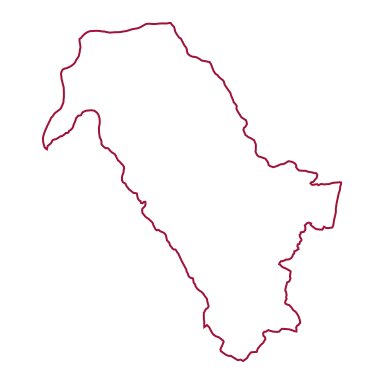 Vitória do Xingu, Pará, Brazil (Robinson projection)
{"feature_id": "56859067B39122810620309", "entity_name": "Vitória do Xingu", "entity_type": "district", "adm_level": 2, "iso_a3": "BRA", "parent_name": "Brazil", "parent_adm1": "Pará", "projection": "robinson", "projection_center": [-51.962, -3.173], "detail": "fine", "context": "isolated", "style": "outline", "palette": "rose", "viewbox_px": 384, "rotation_deg": 0, "n_neighbors": 0, "source": "geoboundaries", "source_scale": "gbopen_adm2", "svg_char_len": 5932}
<svg xmlns="http://www.w3.org/2000/svg" viewBox="0 0 384 384"><path d="M204.3,327.1L207.0,325.1L208.3,326.4L209.3,327.4L211.4,331.7L213.2,334.4L215.9,336.3L218.7,337.2L223.0,340.5L223.7,341.7L222.1,345.7L220.4,349.3L220.8,351.1L225.8,354.7L228.5,355.9L231.0,355.9L232.9,357.2L237.8,360.2L240.6,359.6L243.1,361.0L246.1,358.8L247.3,357.8L248.2,355.9L249.7,353.9L251.1,352.3L256.8,351.9L257.7,348.8L260.8,344.9L263.2,342.8L265.4,339.0L264.9,337.1L263.3,335.6L263.2,333.1L264.2,331.8L266.2,331.6L267.3,330.6L268.4,330.1L270.0,330.8L271.4,331.1L273.0,331.6L274.7,331.7L276.3,331.9L277.5,331.9L279.3,331.5L280.2,330.3L282.0,328.8L285.1,329.0L288.8,329.3L290.2,329.6L291.3,330.0L292.4,330.3L294.1,331.1L296.4,331.5L296.5,329.5L296.1,327.7L297.1,325.7L298.3,325.1L299.2,323.9L300.2,323.0L299.9,320.4L299.4,318.8L298.3,315.9L296.9,313.5L295.3,311.5L293.3,310.2L291.3,307.2L290.1,306.1L289.3,305.1L286.8,304.4L285.5,303.6L285.1,302.4L285.5,300.8L286.6,299.0L286.1,297.0L286.6,295.0L286.1,292.1L285.3,290.5L285.5,288.6L286.4,285.2L287.1,282.4L289.1,281.5L289.8,280.3L290.5,278.4L290.0,277.1L290.0,275.1L290.5,273.2L290.6,271.3L289.3,270.4L288.1,269.7L286.6,269.0L285.3,268.2L283.4,267.6L281.8,266.5L280.4,264.9L279.1,264.2L279.8,262.6L281.2,261.1L282.6,261.1L284.8,260.3L286.0,259.5L287.9,259.6L289.5,259.1L291.1,258.2L292.3,256.6L293.1,254.4L294.2,253.4L294.3,251.3L295.9,250.7L297.3,249.8L298.5,249.1L298.2,247.5L297.4,246.3L297.7,244.4L299.5,243.9L300.0,241.8L301.4,240.6L301.4,239.2L300.0,237.0L299.6,234.9L300.6,233.9L300.7,232.4L302.2,232.1L303.8,231.9L305.3,229.8L305.4,227.7L304.8,225.4L305.8,224.6L306.5,223.6L307.7,223.0L309.0,222.6L311.1,223.5L310.5,224.6L311.4,225.6L315.4,228.7L316.8,229.2L320.5,229.6L322.3,229.6L323.1,228.4L324.1,226.7L325.1,227.4L326.2,228.0L328.0,228.1L329.1,228.0L330.9,227.7L332.3,227.5L333.1,225.8L333.5,223.8L333.9,221.1L334.5,218.1L335.2,215.3L335.9,211.6L335.8,209.0L336.4,204.9L336.6,203.3L338.9,192.6L339.6,191.0L339.9,189.8L340.2,186.8L341.0,184.2L341.1,182.5L339.6,182.2L337.4,182.5L335.1,182.6L332.9,182.9L331.1,183.3L329.1,184.1L326.2,184.2L324.3,184.4L323.1,184.3L321.3,183.9L318.4,185.2L317.4,184.2L312.2,184.9L310.5,183.4L311.4,182.2L313.2,182.0L314.3,180.5L315.5,179.1L316.6,177.9L317.1,176.4L317.2,174.5L316.2,173.2L314.1,173.1L312.3,172.4L309.0,171.9L307.2,171.5L305.9,170.8L304.2,170.8L300.5,170.6L299.0,170.5L297.1,168.7L296.1,167.1L296.3,165.3L294.9,163.4L293.0,162.3L291.5,161.7L288.4,161.2L283.9,164.0L280.4,164.4L277.2,166.0L273.4,167.2L270.4,166.2L268.7,165.2L268.1,162.8L267.4,161.4L265.4,158.7L261.6,157.3L258.6,156.4L257.3,155.3L256.1,153.2L255.5,151.6L255.8,150.0L255.8,147.3L255.9,145.2L255.5,143.5L254.1,140.2L251.4,138.6L248.2,137.0L245.4,134.9L243.4,129.9L244.0,127.8L245.5,126.7L246.3,125.2L247.0,124.0L246.4,121.4L245.9,120.1L243.2,118.5L241.4,117.3L237.5,111.0L236.4,108.6L236.7,106.0L236.1,104.8L233.7,102.2L233.0,99.9L232.4,98.6L230.8,94.8L230.6,93.4L229.7,91.9L227.4,88.8L224.7,84.7L224.2,82.7L223.4,80.7L221.8,79.3L220.5,78.4L218.4,76.5L217.7,75.2L215.5,73.8L213.6,71.0L212.3,67.6L211.9,66.4L210.8,63.8L209.6,62.1L205.5,61.2L203.5,60.9L201.6,60.5L199.6,59.0L196.8,57.4L194.6,56.9L192.5,56.7L190.5,55.9L189.2,55.0L187.7,53.5L186.9,51.2L186.9,49.8L186.5,48.4L185.8,47.1L184.7,45.8L183.9,44.5L180.9,38.6L179.0,37.5L176.2,33.4L175.2,31.5L174.2,27.1L171.7,24.5L170.7,23.0L169.5,23.0L167.1,23.4L165.3,23.5L162.3,23.4L158.5,23.6L156.3,23.9L154.3,24.0L152.8,24.0L151.6,23.9L149.3,23.7L146.8,23.9L145.7,24.2L140.2,27.3L138.0,28.2L132.7,29.1L130.1,29.8L128.3,30.5L126.0,31.1L124.0,31.4L122.6,31.5L121.4,31.9L118.3,32.2L115.4,32.2L111.6,32.5L109.8,32.6L107.2,32.2L104.2,31.5L101.6,31.4L100.5,31.1L98.8,30.9L96.1,30.8L89.9,31.2L87.8,31.9L84.7,33.9L82.2,36.4L81.3,37.7L79.5,39.0L79.5,41.0L80.4,46.0L80.4,48.0L80.0,49.4L79.6,52.5L78.8,56.0L77.8,57.9L76.6,59.3L76.0,60.4L75.0,62.5L73.8,63.9L71.6,65.7L69.1,67.1L66.9,68.1L64.8,68.6L62.8,69.5L61.8,71.0L61.0,73.6L61.3,76.1L61.6,79.1L63.7,87.4L63.9,92.3L63.9,96.9L63.7,98.5L63.4,102.4L62.5,104.8L60.7,108.7L54.7,113.3L52.7,116.2L51.0,118.0L49.9,120.6L47.4,125.6L44.6,132.0L43.5,135.4L42.9,138.2L43.0,140.2L43.5,143.6L44.6,147.2L45.5,148.3L46.9,149.3L47.3,147.4L47.7,145.9L49.7,144.4L50.9,143.3L51.7,142.0L52.3,140.6L53.4,139.7L55.5,139.3L57.8,138.2L59.3,137.1L60.4,136.3L62.0,136.2L63.1,135.3L64.3,134.5L65.8,133.0L67.4,133.0L68.5,132.5L69.1,130.8L70.5,130.1L72.1,128.5L73.0,127.1L73.6,124.8L74.9,121.9L75.6,120.1L76.0,118.4L77.0,117.2L78.1,115.7L79.6,115.6L81.0,115.2L81.7,113.8L82.6,112.3L84.4,111.4L86.4,110.6L87.6,110.6L91.5,110.2L94.5,110.8L97.0,112.7L98.4,114.7L99.5,118.2L99.8,122.1L99.5,124.6L98.9,127.8L99.2,133.8L99.8,137.6L100.7,139.1L101.4,141.0L101.6,144.5L103.5,146.6L104.5,147.4L105.6,148.1L107.5,148.1L108.6,148.7L110.1,150.7L111.9,152.4L114.6,154.0L115.9,155.8L116.3,157.0L118.1,160.5L119.2,161.2L120.3,162.4L121.1,163.4L122.9,165.1L124.0,167.0L124.1,168.7L123.6,170.5L123.5,172.6L122.6,174.7L122.1,176.4L122.0,178.4L122.0,180.0L122.8,182.1L125.6,183.8L126.6,186.3L127.7,187.5L128.8,189.2L130.7,190.6L133.4,192.9L134.6,193.0L135.8,193.2L136.9,193.5L137.6,197.6L138.3,199.2L139.3,200.5L140.6,201.2L140.9,202.9L142.4,203.3L144.0,201.8L145.3,201.8L145.5,203.1L145.4,205.0L144.7,206.4L142.5,208.6L142.1,209.8L142.4,212.9L145.4,216.7L146.7,217.7L148.4,218.7L152.1,222.2L152.9,223.5L153.3,225.0L155.6,229.5L156.9,230.3L158.0,229.9L159.3,230.3L160.2,231.3L162.1,232.0L163.9,232.9L164.8,233.7L165.8,235.1L166.7,238.9L167.0,240.4L169.1,242.5L170.2,245.7L171.5,247.0L172.4,248.5L173.7,249.4L175.2,249.5L176.2,250.4L177.0,252.1L178.2,253.4L181.7,261.0L186.3,269.5L186.6,271.5L187.7,273.3L188.5,275.8L189.5,277.1L190.5,277.8L193.0,278.4L193.7,282.7L195.2,284.7L195.6,286.4L196.4,287.6L197.2,288.6L198.1,289.5L199.0,290.3L201.4,291.8L203.2,293.6L204.6,295.8L206.3,298.0L207.0,299.1L207.4,301.8L208.6,306.1L208.0,307.6L205.7,309.4L203.8,313.0L203.8,318.5L204.2,321.3L204.3,327.1Z" fill="none" stroke="#9f1239" stroke-width="2"/></svg>